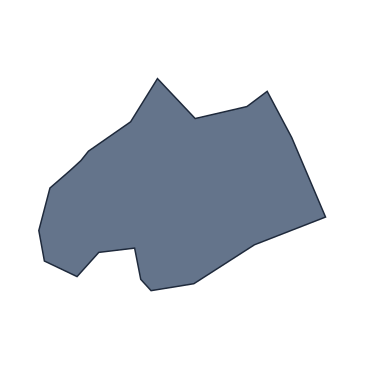 an SVG outline of Szolnok, rotated 112°
{"feature_id": "HUN-4918", "entity_name": "Szolnok", "entity_type": "Urban county", "adm_level": 1, "iso_a3": "HUN", "parent_name": "Hungary", "parent_adm1": "", "projection": "natural_earth1", "projection_center": [20.178, 47.22], "detail": "fine", "context": "isolated", "style": "filled", "palette": "slate", "viewbox_px": 384, "rotation_deg": 112, "n_neighbors": 0, "source": "natural_earth", "source_scale": "10m", "svg_char_len": 418}
<svg xmlns="http://www.w3.org/2000/svg" viewBox="0 0 384 384"><g transform="rotate(112 192 192)"><path d="M99.8,266.5L122.7,216.6L92.2,173.1L70.5,160.0L104.2,119.9L165.2,58.8L217.5,114.3L276.3,155.9L298.8,193.0L292.2,206.8L265.5,224.2L282.9,255.8L313.5,266.9L311.3,303.0L285.1,319.6L241.5,325.2L218.0,313.2L204.6,306.8L192.9,303.3L149.9,275.2L99.8,266.5Z" fill="#64748b" stroke="#1e293b" stroke-width="1.5"/></g></svg>